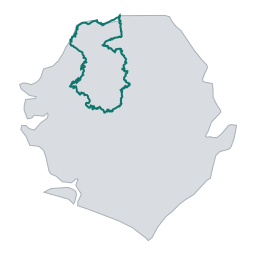 Bombali, Northern, Sierra Leone (highlighted)
{"feature_id": "65957751B29483301504535", "entity_name": "Bombali", "entity_type": "district", "adm_level": 2, "iso_a3": "SLE", "parent_name": "Sierra Leone", "parent_adm1": "Northern", "projection": "orthographic", "projection_center": [-12.185, 9.331], "detail": "fine", "context": "in_parent", "style": "outline", "palette": "teal", "viewbox_px": 256, "rotation_deg": 0, "n_neighbors": 0, "source": "geoboundaries", "source_scale": "gbopen_adm2", "svg_char_len": 6911}
<svg xmlns="http://www.w3.org/2000/svg" viewBox="0 0 256 256"><path d="M236.4,125.3L236.2,127.6L234.2,138.0L231.0,147.0L228.9,149.2L219.7,151.6L215.8,155.6L212.5,168.3L210.4,178.3L207.2,180.0L193.8,194.5L185.0,200.0L178.8,204.7L173.0,210.9L165.7,216.8L157.8,226.9L152.2,237.4L148.3,240.6L145.5,237.7L132.0,227.4L117.8,220.5L87.6,209.0L77.6,205.7L77.9,201.6L81.4,194.2L75.8,185.4L78.0,179.0L75.8,179.0L71.5,182.8L62.3,181.7L56.2,176.2L51.2,174.2L49.1,171.4L45.9,156.9L43.6,150.4L39.0,146.3L29.8,145.3L26.0,136.4L20.9,129.6L21.7,125.4L25.9,125.6L29.2,128.7L34.4,130.0L41.0,122.6L46.8,118.6L48.2,115.1L47.5,113.1L43.9,116.1L34.2,115.3L31.8,118.0L27.5,118.9L24.1,110.2L24.3,105.1L25.7,99.5L35.5,98.5L36.3,96.7L29.6,95.5L21.1,88.9L19.6,84.4L23.8,82.9L27.8,83.6L31.3,84.6L35.1,83.0L38.6,80.5L40.8,77.3L43.6,68.9L52.8,66.1L58.3,60.9L63.4,52.8L65.8,47.1L67.9,44.3L69.2,41.9L70.2,39.2L72.5,36.7L74.9,30.7L76.6,25.3L81.9,22.6L92.7,20.3L102.4,24.3L118.2,20.9L119.0,15.7L133.4,15.6L150.5,15.5L164.7,15.4L169.6,16.8L171.4,20.6L176.1,26.5L181.0,30.7L187.1,39.7L194.2,50.3L201.9,59.8L206.8,65.0L207.4,66.8L207.0,68.9L204.6,73.7L202.6,79.0L202.8,81.0L204.3,82.0L212.3,83.6L213.0,89.4L213.1,97.5L217.0,105.1L220.7,110.6L220.5,112.6L211.5,122.1L208.0,131.6L206.3,134.2L205.5,136.4L207.4,137.3L209.8,136.7L213.3,137.5L216.7,137.7L221.1,134.3L228.4,125.6L230.9,124.6L236.4,125.3ZM74.7,202.1L73.6,204.0L68.8,199.3L43.9,192.2L51.0,188.5L68.2,187.4L73.4,189.6L75.7,191.4L76.5,194.9L74.7,202.1Z" fill="#d9dde1" stroke="#a8b0b8" stroke-width="1"/><path d="M89.6,107.8L90.0,107.6L90.3,107.2L90.5,106.0L90.7,105.5L91.3,105.7L91.5,106.4L91.9,106.7L92.6,106.2L92.9,106.2L93.3,106.3L93.5,106.6L93.1,107.0L93.0,108.3L92.5,108.5L92.4,108.7L92.6,109.2L93.2,109.1L93.6,108.7L93.8,108.1L93.7,107.1L94.0,106.6L94.9,108.1L95.3,108.4L96.4,108.9L96.8,108.9L96.8,108.3L97.3,107.9L97.5,107.9L97.9,108.3L98.3,108.3L99.6,106.9L100.1,107.2L101.0,108.8L101.6,109.3L102.9,109.7L103.6,110.6L104.4,112.6L104.8,112.6L105.2,111.9L105.9,111.8L106.8,111.2L107.4,111.4L107.5,111.1L107.2,110.5L107.4,109.7L108.1,109.6L108.3,109.8L108.1,110.4L108.3,111.0L108.8,110.6L109.5,110.6L109.7,111.3L109.9,111.5L110.2,111.5L110.6,110.8L110.8,110.8L110.8,111.3L111.3,111.2L111.9,111.5L112.3,111.3L112.7,110.8L112.7,110.2L112.9,109.5L116.0,108.0L116.6,107.5L118.5,106.3L118.9,106.5L119.1,106.0L119.7,106.1L120.1,105.3L120.7,104.9L120.7,104.1L121.1,104.2L121.2,103.9L121.4,103.6L121.0,102.9L121.1,102.3L120.8,100.7L121.1,100.3L121.0,99.6L121.2,98.6L121.0,98.3L121.6,97.8L121.9,97.0L122.2,96.9L122.2,96.6L122.1,95.6L121.8,95.1L121.8,94.0L122.0,92.2L121.7,92.0L121.9,91.6L121.3,91.4L121.3,90.9L120.8,90.2L121.4,90.0L122.0,90.1L122.4,89.4L121.9,89.0L122.4,88.5L123.4,88.0L124.1,88.3L124.3,88.2L125.0,87.3L124.6,86.8L124.7,86.6L125.2,86.6L125.5,86.9L125.6,86.7L125.3,86.1L125.5,86.0L126.1,87.0L127.0,87.2L127.2,86.6L127.8,86.5L128.1,85.9L128.5,85.8L128.5,85.2L128.9,85.0L129.3,85.1L129.3,84.1L129.7,84.0L129.6,83.7L128.0,82.8L127.2,82.7L126.1,82.1L125.8,81.5L125.9,80.8L125.6,80.4L124.6,80.2L124.0,79.3L124.3,77.3L124.6,76.7L125.2,76.3L125.7,75.7L125.5,74.6L126.1,73.5L126.6,73.4L127.2,72.8L127.3,71.3L127.0,71.4L126.7,71.1L125.5,71.2L125.2,71.5L124.7,71.4L124.4,71.1L124.2,70.6L124.1,69.6L123.4,69.9L123.1,69.2L122.4,69.1L122.4,68.7L123.2,68.6L123.4,68.8L124.4,68.7L123.5,65.6L123.8,65.0L126.4,62.8L126.2,62.3L125.7,61.8L125.2,61.8L126.1,59.1L124.1,56.7L123.9,56.1L124.0,55.6L123.0,55.3L122.5,54.4L122.2,54.4L121.7,54.1L121.2,52.6L121.7,51.9L121.6,51.5L121.8,51.3L122.1,51.3L122.2,51.1L121.5,50.3L121.1,50.2L120.8,50.8L120.6,50.7L120.9,48.9L120.2,48.7L118.8,48.9L118.4,48.8L117.4,49.0L116.7,49.4L116.2,49.2L115.8,50.0L115.4,50.1L115.2,50.8L115.5,50.8L115.4,51.2L115.1,51.2L114.8,52.1L112.7,50.4L111.3,48.7L110.9,48.6L110.5,48.1L110.2,48.0L109.9,48.2L109.0,48.4L108.7,48.1L108.5,48.3L108.1,47.2L108.3,47.1L108.3,46.7L107.6,46.0L107.3,46.2L106.4,45.8L106.1,45.9L106.1,46.2L105.4,46.0L104.9,45.6L104.7,45.8L104.3,45.6L103.9,45.8L103.6,45.7L103.3,45.7L103.2,45.3L102.9,45.1L104.3,44.2L104.6,43.8L104.5,43.3L104.9,42.4L106.2,41.2L108.8,40.2L109.5,39.7L110.1,40.1L110.4,40.0L110.7,39.6L110.8,39.4L110.4,39.3L110.7,39.1L111.1,39.5L112.1,39.4L112.3,39.1L112.1,38.6L112.7,38.6L113.1,38.4L114.1,38.4L114.3,37.9L116.3,37.5L118.1,37.3L118.8,36.8L118.9,37.1L119.3,37.0L121.0,37.0L121.1,36.5L121.7,36.1L121.4,34.2L121.5,31.9L121.1,31.5L121.3,31.2L120.9,30.3L120.8,29.1L120.9,28.7L120.7,28.3L120.7,27.9L120.4,27.3L120.5,25.2L120.9,23.8L120.5,23.5L120.0,23.6L119.7,23.4L119.4,22.8L119.4,22.3L119.9,22.2L120.0,21.8L120.4,21.4L119.8,20.8L120.1,20.3L119.1,19.3L119.2,18.2L119.4,18.0L120.0,15.7L119.9,15.4L118.6,17.3L117.5,17.5L115.7,18.4L114.2,19.7L112.9,19.9L112.6,20.2L111.7,20.3L109.1,21.9L107.8,22.4L107.2,22.5L106.6,23.2L105.1,23.5L103.6,24.8L103.3,24.3L102.8,24.6L102.9,24.2L102.4,24.4L102.2,24.2L102.2,24.6L101.8,24.4L101.5,23.9L101.1,24.0L100.9,23.6L100.8,23.8L100.5,23.8L100.4,23.5L100.2,23.4L100.0,23.5L99.1,23.1L98.4,22.4L98.0,22.5L97.1,21.8L96.9,20.3L92.4,21.6L90.9,22.5L89.9,23.5L88.2,24.1L87.6,24.0L86.4,22.9L84.4,22.7L82.4,22.8L78.4,25.4L78.1,25.8L77.1,26.5L76.8,27.2L76.9,27.5L77.2,27.5L77.4,27.3L77.6,27.6L77.5,28.9L77.1,28.8L76.8,28.9L76.7,29.4L76.8,30.0L76.2,31.1L76.1,32.1L75.4,33.1L76.0,33.0L76.4,33.7L76.0,34.0L75.0,33.8L74.7,34.4L75.4,35.9L75.4,36.5L75.2,36.6L74.6,36.2L74.7,35.6L74.5,35.3L74.2,35.5L74.2,35.9L73.1,36.6L72.2,36.8L72.0,37.1L72.0,38.2L71.5,39.2L71.5,40.3L70.8,39.6L70.5,39.6L70.4,40.0L70.8,41.8L70.3,43.7L70.4,44.4L71.0,44.9L71.0,45.3L72.3,45.8L73.1,45.8L73.9,47.0L75.5,47.7L76.5,48.4L79.0,50.7L82.2,52.2L82.5,52.8L82.7,54.6L83.9,56.0L84.0,56.6L83.5,57.6L83.8,58.0L84.4,57.9L85.2,58.1L85.7,58.5L86.0,59.1L85.6,60.8L86.3,62.3L85.9,62.5L85.4,62.5L85.1,61.9L84.7,61.6L84.2,62.0L83.6,63.4L82.9,63.9L83.2,65.2L84.5,66.1L84.8,66.7L84.5,67.2L83.6,67.3L83.1,67.0L82.7,66.3L82.2,66.0L82.1,65.2L81.8,65.2L81.5,65.7L81.7,67.3L81.0,68.1L81.1,69.2L82.2,68.5L82.9,68.7L83.8,69.8L83.7,70.4L83.9,71.3L83.1,72.2L82.7,73.8L82.7,74.3L83.2,74.9L82.0,75.8L81.0,76.9L80.8,77.7L80.2,78.1L80.1,78.6L80.3,79.1L80.2,79.7L79.8,80.0L79.6,80.3L79.2,80.4L79.0,80.7L78.7,80.7L78.5,80.0L79.1,79.6L79.2,79.3L78.4,78.2L76.4,80.0L76.7,80.2L77.5,81.1L77.2,81.7L77.4,82.2L77.3,82.3L76.7,82.3L76.5,82.7L75.9,81.9L75.3,81.5L75.1,81.6L74.9,82.3L73.8,83.1L73.4,83.0L73.2,82.5L74.0,81.9L73.5,81.5L73.1,81.6L72.9,82.0L72.1,82.4L72.1,82.7L72.4,82.7L72.2,83.8L71.4,84.1L71.3,84.6L70.7,85.3L70.4,86.0L70.1,86.4L70.8,86.8L73.4,86.3L73.3,87.6L73.4,88.1L73.8,88.1L74.5,87.0L75.5,86.3L75.8,86.3L76.3,87.5L76.7,89.4L76.9,91.5L77.4,92.1L78.8,92.7L78.8,93.4L79.6,94.2L79.9,94.1L80.1,94.5L80.4,94.4L81.3,92.7L81.8,93.2L82.9,92.9L83.3,93.5L83.9,93.4L84.3,94.3L84.3,94.9L84.7,95.2L85.9,94.8L87.1,95.1L87.9,96.2L88.1,97.9L88.7,98.6L89.6,100.1L89.8,100.9L89.1,102.6L88.3,103.2L88.0,103.2L86.8,102.8L86.0,103.4L85.9,104.5L86.2,105.3L87.6,106.5L88.4,107.4L89.6,107.8Z" fill="none" stroke="#0f766e" stroke-width="2"/></svg>